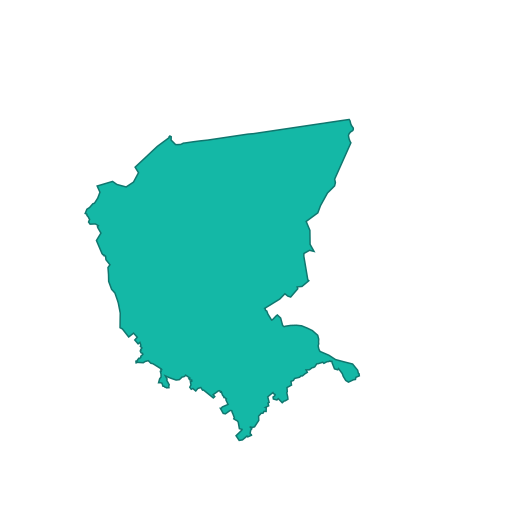 Ar-Raqqa, Ar Raqqah, Syria (Natural Earth projection), rotated 228°
{"feature_id": "27442178B57458390277946", "entity_name": "Ar-Raqqa", "entity_type": "district", "adm_level": 2, "iso_a3": "SYR", "parent_name": "Syria", "parent_adm1": "Ar Raqqah", "projection": "natural_earth1", "projection_center": [39.122, 35.826], "detail": "fine", "context": "isolated", "style": "filled", "palette": "teal", "viewbox_px": 512, "rotation_deg": 228, "n_neighbors": 0, "source": "geoboundaries", "source_scale": "gbopen_adm2", "svg_char_len": 4968}
<svg xmlns="http://www.w3.org/2000/svg" viewBox="0 0 512 512"><g transform="rotate(228 256 256)"><path d="M130.0,140.6L132.0,148.1L135.3,150.8L135.5,153.5L135.7,154.5L134.5,156.1L135.2,158.0L133.7,159.5L136.5,162.2L137.1,161.8L136.2,165.2L138.7,166.5L138.4,167.8L143.5,170.5L143.2,177.2L142.2,176.9L140.3,177.5L139.6,176.5L139.8,174.3L138.1,173.2L135.0,175.2L135.1,177.1L129.4,177.3L129.4,180.0L128.8,180.8L128.2,183.9L130.3,185.4L133.9,187.4L134.2,188.4L137.5,191.0L136.3,196.0L139.4,198.1L138.5,200.6L139.2,202.7L136.7,207.3L136.9,208.9L135.8,210.3L135.7,213.5L135.2,216.3L137.9,217.0L135.7,219.5L135.4,223.0L134.7,224.1L134.3,225.5L135.2,229.0L134.3,230.3L132.4,234.5L130.8,234.6L130.0,237.9L128.9,239.4L128.6,240.7L127.9,240.7L127.0,241.9L125.5,241.0L119.6,238.8L116.7,240.6L117.1,242.0L110.8,241.4L108.2,240.3L103.5,239.4L100.4,240.3L98.8,245.6L97.7,247.3L99.0,249.0L97.8,252.6L99.5,253.8L100.3,253.6L103.1,255.1L111.1,255.5L118.3,250.7L125.8,245.8L133.4,243.8L142.3,239.7L144.8,240.4L147.7,242.1L148.8,243.9L150.1,244.8L152.3,247.0L155.8,248.8L162.8,248.0L168.0,245.9L173.6,243.2L177.5,239.7L181.3,235.2L184.0,231.1L184.7,229.6L186.5,229.3L189.9,231.0L193.4,232.8L197.9,232.4L198.0,230.8L197.6,225.6L198.0,224.7L205.0,226.0L207.9,227.2L209.2,226.7L210.4,227.4L211.3,227.4L208.1,244.8L208.6,252.2L204.9,252.8L202.3,254.3L203.7,265.1L205.5,265.9L202.6,269.8L202.3,278.7L203.7,278.6L224.0,291.5L225.8,293.3L224.4,299.6L220.6,302.2L228.5,304.0L239.0,313.2L248.1,316.4L246.7,330.8L250.3,337.7L255.0,351.3L255.5,361.3L257.4,364.1L260.5,365.9L276.6,402.2L276.7,402.3L276.8,402.3L277.1,402.3L277.4,402.4L277.5,402.4L277.7,402.5L277.9,402.5L278.0,402.5L278.3,402.6L278.5,402.7L278.8,402.8L279.1,402.9L279.4,403.0L279.5,403.0L279.8,403.2L280.2,403.3L280.5,403.4L280.8,403.6L281.1,403.7L281.2,403.8L281.5,404.0L281.8,404.1L282.1,404.3L282.3,404.4L282.4,404.5L282.5,404.6L282.9,404.8L283.2,405.0L283.5,405.2L283.6,405.3L283.9,405.6L284.0,405.8L284.1,406.0L284.2,406.3L284.3,406.4L284.3,406.5L284.5,406.8L284.6,407.1L284.6,407.3L284.7,407.5L284.7,407.8L284.7,408.0L284.8,408.1L284.8,408.3L284.8,408.5L284.9,408.8L284.9,409.0L284.9,409.3L284.9,409.6L284.8,409.8L284.8,410.0L284.8,410.3L284.7,410.4L284.7,410.6L284.7,410.8L284.6,411.0L284.5,411.3L284.5,411.5L284.5,411.8L284.6,412.0L284.6,412.3L284.7,412.5L284.8,412.6L284.9,412.8L285.0,412.9L285.0,413.0L285.3,413.3L285.5,413.5L285.8,413.7L285.9,413.8L286.0,413.8L286.3,413.9L286.4,414.0L286.5,414.0L286.8,414.0L287.0,414.0L287.3,414.0L287.5,414.1L287.9,414.1L288.0,414.1L288.3,414.2L288.6,414.2L288.8,414.2L289.0,414.3L289.3,414.4L289.6,414.4L289.9,414.5L290.0,414.6L290.5,414.7L293.6,416.3L295.1,416.6L300.6,408.4L348.6,336.0L351.9,331.7L374.5,297.6L378.8,291.7L382.4,286.5L384.2,283.8L387.4,279.0L388.5,277.5L389.2,274.8L391.2,272.3L392.6,270.8L399.0,270.5L401.4,272.8L402.8,272.3L402.7,271.0L402.1,270.6L403.5,256.0L402.9,225.6L396.5,224.4L392.9,214.4L394.2,205.7L402.2,200.5L407.4,199.3L414.3,184.8L407.8,182.7L404.9,177.1L403.3,171.3L404.0,169.7L403.4,164.8L403.9,161.6L401.9,157.5L400.3,158.3L399.2,157.5L397.3,157.5L396.1,157.1L394.6,156.9L393.3,154.3L390.7,154.0L387.3,158.1L384.0,159.1L383.9,157.8L382.5,157.3L376.8,156.1L374.3,147.8L360.9,143.2L359.5,143.1L358.6,143.7L358.0,143.2L356.6,144.1L353.6,142.0L347.2,141.6L346.5,138.3L340.8,133.9L335.7,129.5L327.9,126.4L322.9,126.4L315.8,123.4L313.2,122.2L307.7,118.9L304.4,116.9L300.1,112.9L293.7,107.0L291.2,107.9L281.0,107.2L280.6,113.4L275.1,113.4L274.7,109.7L269.6,109.6L269.5,111.9L266.8,110.8L266.3,109.6L264.0,109.7L263.7,107.8L263.0,107.6L262.9,106.4L261.0,105.8L259.6,106.5L258.6,106.1L258.6,103.4L257.7,102.4L257.9,100.7L258.4,100.5L258.2,99.2L258.0,98.3L257.6,97.9L257.6,97.1L258.2,96.7L257.8,96.0L256.8,95.4L256.2,96.8L252.1,100.8L251.8,103.0L250.3,105.9L246.6,106.1L245.0,107.3L235.3,110.1L234.7,109.9L235.1,109.2L233.8,108.3L234.2,107.7L231.8,106.4L229.6,104.5L229.2,102.2L227.0,98.8L225.8,100.2L224.4,101.0L221.5,99.7L220.7,100.5L219.3,100.6L218.1,101.5L217.8,101.4L216.4,103.2L217.9,104.3L218.3,105.3L223.6,106.6L224.0,107.6L227.6,108.4L223.8,110.1L220.7,111.7L217.3,113.6L215.4,116.3L215.4,118.5L215.6,119.7L214.3,122.4L214.5,124.0L209.5,125.2L209.7,124.0L208.7,124.0L208.0,123.9L206.9,125.2L205.9,124.5L206.5,123.1L203.7,121.4L202.8,119.0L200.3,118.7L199.8,120.4L196.0,120.9L196.5,124.1L195.2,127.0L192.1,126.5L191.5,127.3L179.1,129.3L179.1,131.3L181.6,131.3L180.9,138.0L180.2,138.9L178.6,138.4L178.3,139.4L175.0,138.0L172.6,137.9L172.3,137.5L171.8,138.0L169.6,138.4L169.3,137.4L164.4,135.9L166.4,129.9L166.1,128.4L166.7,127.6L161.0,126.3L159.2,127.6L158.5,133.4L157.3,134.5L155.6,133.6L154.2,133.2L150.4,131.7L149.9,130.5L147.9,131.1L145.9,131.8L144.4,131.6L138.8,128.1L136.5,129.6L136.1,128.9L135.8,120.9L130.2,120.1L128.4,122.9L128.2,128.8L127.1,128.8L125.8,132.7L126.4,133.0L127.8,132.7L128.3,133.2L129.5,134.7L130.1,135.5L130.4,137.2L132.7,137.2L132.6,137.7L131.3,138.2L130.0,140.6Z" fill="#14b8a6" stroke="#0f766e" stroke-width="1.5"/></g></svg>